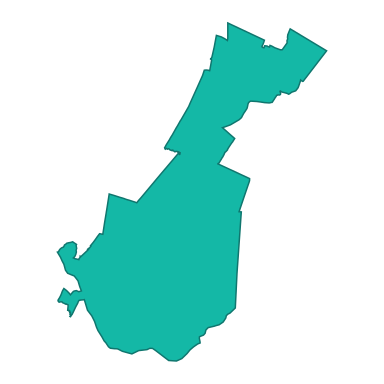 Ramnicu Sarat, Buzau, Romania
{"feature_id": "2599482B97788702400166", "entity_name": "Ramnicu Sarat", "entity_type": "district", "adm_level": 2, "iso_a3": "ROU", "parent_name": "Romania", "parent_adm1": "Buzau", "projection": "orthographic", "projection_center": [27.083, 45.416], "detail": "fine", "context": "isolated", "style": "filled", "palette": "teal", "viewbox_px": 384, "rotation_deg": 0, "n_neighbors": 0, "source": "geoboundaries", "source_scale": "gbopen_adm2", "svg_char_len": 5638}
<svg xmlns="http://www.w3.org/2000/svg" viewBox="0 0 384 384"><path d="M200.1,343.0L200.0,341.7L199.3,338.2L199.5,336.7L203.5,335.1L205.1,333.3L205.9,330.0L208.2,327.6L214.2,326.2L216.7,325.4L219.1,324.8L223.2,322.0L225.8,318.0L226.3,315.7L227.8,314.2L230.0,313.1L235.3,308.0L237.0,273.2L241.3,211.9L239.1,211.7L240.1,208.6L244.7,195.0L247.8,185.9L249.3,181.6L249.5,180.8L249.6,180.3L249.6,179.3L249.6,178.6L249.4,178.5L217.3,163.6L218.3,163.7L218.7,163.4L221.8,158.4L222.0,157.9L222.6,157.2L224.0,154.6L224.4,153.5L224.7,152.9L224.9,152.7L224.9,152.4L225.0,152.3L225.2,152.1L225.6,151.9L226.2,151.3L226.5,151.0L227.0,150.4L227.5,149.9L227.6,149.6L227.6,149.4L227.7,149.1L228.1,148.4L229.9,145.6L231.4,143.4L232.3,142.2L232.7,141.8L233.0,141.2L234.7,138.5L229.1,133.6L222.5,127.7L223.1,127.5L229.2,125.3L230.5,124.8L234.6,122.4L239.2,119.7L241.4,117.7L241.6,117.4L242.4,115.8L243.7,113.4L245.6,110.6L246.9,108.6L247.1,108.1L247.3,107.4L247.5,106.6L248.0,104.1L248.2,103.6L248.3,103.2L248.7,102.6L249.0,102.3L249.4,101.9L249.8,101.6L250.3,101.3L250.5,101.2L251.8,101.2L256.8,101.5L260.6,102.0L263.8,102.5L264.4,102.6L268.8,102.9L269.4,102.9L270.1,102.8L271.2,102.5L271.5,102.4L272.1,102.4L272.5,101.9L274.9,98.2L275.0,97.9L276.0,96.6L276.6,95.4L277.0,95.3L277.4,95.2L277.6,95.0L277.9,94.9L278.3,94.9L278.8,95.0L279.1,95.0L279.6,95.0L279.9,94.8L280.4,94.5L280.5,94.1L280.6,93.4L280.5,92.9L280.2,92.0L280.0,91.4L280.1,91.1L280.5,91.0L281.0,91.5L281.5,91.8L282.2,92.1L282.6,92.2L285.0,92.8L287.1,93.4L288.1,93.9L288.6,94.2L288.9,94.1L289.7,93.7L291.0,92.7L291.7,92.2L292.0,92.1L295.2,91.0L295.7,90.8L297.9,88.0L298.2,87.4L298.6,86.4L300.3,81.4L300.5,80.6L300.6,80.0L302.2,81.2L302.6,81.4L302.8,81.4L303.1,81.3L303.4,81.0L305.2,78.6L306.4,77.1L307.3,75.9L326.6,50.8L290.2,28.9L289.0,31.7L287.7,35.0L287.7,35.8L287.5,36.9L287.5,37.6L287.7,38.9L287.5,39.5L287.1,40.2L287.0,40.7L287.1,42.6L286.9,43.2L282.7,49.1L282.1,49.8L280.4,49.8L274.9,47.8L271.8,46.1L270.0,45.4L269.5,47.0L268.0,46.6L267.5,46.2L267.1,46.1L266.1,45.9L264.7,45.8L264.0,47.8L263.9,47.8L263.1,47.6L262.3,47.1L261.9,46.8L261.9,46.7L262.5,45.2L263.0,44.3L263.2,43.7L263.7,42.4L264.4,40.2L227.8,23.0L227.8,25.3L227.8,31.4L227.8,33.0L227.8,35.2L227.8,38.1L227.4,40.5L224.7,38.7L221.3,36.9L216.4,35.4L214.2,47.1L212.8,53.3L212.0,56.7L211.9,57.0L211.7,57.7L211.4,58.1L211.1,58.4L210.7,58.6L210.6,58.9L210.6,59.1L211.0,59.2L211.2,59.3L211.4,59.4L211.5,59.7L211.6,60.3L209.9,69.7L209.7,70.7L209.4,70.7L208.8,70.4L208.3,70.2L207.1,70.1L206.2,70.0L204.3,70.2L202.6,75.4L197.1,87.7L190.1,103.2L188.7,106.5L181.0,119.9L180.5,120.5L177.3,126.2L176.4,127.6L172.2,135.1L170.7,137.4L169.4,139.8L166.2,144.9L164.8,147.5L164.6,147.7L164.7,148.0L165.1,149.0L165.3,149.2L165.8,148.7L166.1,148.5L166.4,148.4L166.8,148.6L167.0,148.8L167.1,149.1L167.3,149.2L167.6,149.1L168.0,148.9L168.6,148.7L168.9,148.8L169.2,149.2L169.7,149.6L170.0,149.9L170.3,150.1L170.5,150.1L171.1,150.2L171.8,150.6L172.2,150.7L172.3,150.6L172.5,150.3L172.5,150.2L172.8,150.1L173.2,150.6L173.9,151.1L174.6,151.7L174.9,151.8L175.4,151.7L175.7,151.5L176.0,151.4L176.4,151.5L176.8,151.4L177.1,151.5L177.3,151.5L177.6,151.8L177.7,152.0L177.8,152.2L178.0,152.3L178.2,152.2L178.5,151.8L178.8,151.9L178.9,152.0L179.3,152.3L180.2,152.8L180.1,153.2L179.9,153.8L179.9,154.2L179.8,154.4L179.7,154.5L179.3,154.3L178.4,153.3L168.5,165.0L160.5,174.4L144.7,193.3L141.1,197.6L138.5,200.5L136.8,202.8L136.7,202.8L136.1,202.5L135.9,202.4L129.1,200.2L127.3,199.7L125.4,199.1L124.5,198.7L122.3,198.0L119.8,197.3L113.9,195.4L110.5,194.4L109.7,194.2L109.2,194.0L107.6,204.2L106.7,209.9L106.4,211.6L106.2,213.0L104.7,222.0L103.1,232.4L102.8,234.3L101.3,234.0L99.6,233.7L97.3,236.7L96.5,237.9L95.0,240.0L93.3,242.3L90.5,245.7L90.9,246.1L88.9,248.7L88.6,248.4L87.6,249.3L88.1,249.8L80.8,256.7L80.2,256.2L80.1,256.8L80.1,257.4L79.9,257.6L78.9,258.9L78.8,259.6L78.2,259.5L76.5,259.0L75.2,258.8L74.2,258.3L73.4,257.9L74.8,256.5L75.7,254.6L76.4,252.0L76.1,250.3L76.7,248.2L76.5,247.6L76.1,245.3L76.2,245.2L76.3,244.9L76.3,244.7L76.5,244.4L74.7,243.2L74.2,242.9L72.7,241.8L70.7,242.4L69.8,242.6L69.4,242.6L67.7,243.0L67.1,243.1L66.8,243.2L66.6,243.4L66.2,243.8L65.4,244.4L64.9,244.7L64.6,244.9L64.4,245.1L64.3,245.3L64.3,245.6L64.1,246.0L63.7,246.7L63.5,247.1L63.4,247.2L62.8,247.3L61.6,247.9L61.3,248.1L60.5,248.7L60.1,249.1L59.2,250.3L59.1,250.6L58.9,250.9L58.7,251.5L58.3,251.8L57.4,252.1L60.4,257.1L62.1,260.9L63.9,264.3L65.5,270.2L67.7,273.3L74.3,276.0L78.0,280.8L79.8,286.8L81.4,290.9L78.8,291.7L77.2,291.0L76.4,290.6L74.8,290.9L74.1,291.1L73.4,291.4L70.4,294.8L70.2,294.5L69.1,293.1L68.5,292.5L66.8,290.8L66.5,290.5L63.9,288.5L63.1,289.8L62.9,290.2L62.4,291.1L61.3,294.1L60.5,295.9L59.4,298.0L58.6,299.2L58.2,299.9L58.4,300.1L58.1,300.4L58.0,300.7L58.2,301.2L58.9,302.0L59.1,302.2L60.2,301.9L61.9,301.8L62.6,302.7L64.1,303.3L65.2,303.9L65.9,304.2L66.1,303.9L68.1,304.9L68.1,306.1L67.7,310.3L69.2,310.5L69.2,311.3L69.8,311.3L69.7,312.5L70.4,312.5L70.1,313.7L70.0,314.3L71.0,314.5L70.3,315.8L69.9,316.4L70.5,316.7L71.9,314.4L72.0,314.5L72.3,314.1L72.4,313.8L73.1,312.4L75.7,306.9L77.8,303.0L78.2,301.8L78.7,300.9L79.0,300.6L79.1,300.4L79.4,300.3L80.1,300.2L80.9,300.0L81.3,300.0L83.5,299.8L84.3,299.6L87.5,310.2L91.8,315.9L94.6,321.5L96.5,327.2L98.0,330.6L101.9,336.8L104.2,341.0L105.8,342.7L108.5,346.8L110.3,348.2L114.3,348.7L117.2,348.8L118.3,349.2L122.4,351.3L127.8,352.8L131.9,353.9L138.7,350.6L147.1,349.6L149.5,348.4L150.9,348.3L152.5,348.4L153.3,348.9L156.0,350.8L160.3,354.1L164.2,357.1L168.7,360.5L176.5,361.0L181.8,358.6L187.0,353.6L190.0,349.9L193.5,346.9L197.6,344.0L200.1,343.0Z" fill="#14b8a6" stroke="#0f766e" stroke-width="1.5"/></svg>